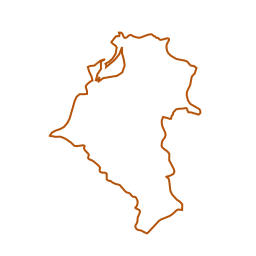 the County of Fier, rotated 15°
{"feature_id": "ALB-1495", "entity_name": "Fier", "entity_type": "County", "adm_level": 1, "iso_a3": "ALB", "parent_name": "Albania", "parent_adm1": "", "projection": "robinson", "projection_center": [19.627, 40.746], "detail": "fine", "context": "isolated", "style": "outline", "palette": "amber", "viewbox_px": 256, "rotation_deg": 15, "n_neighbors": 0, "source": "natural_earth", "source_scale": "10m", "svg_char_len": 3421}
<svg xmlns="http://www.w3.org/2000/svg" viewBox="0 0 256 256"><g transform="rotate(15 128 128)"><path d="M54.5,155.8L54.5,155.6L55.7,152.1L59.0,149.1L63.0,146.4L66.0,143.4L68.2,138.7L69.2,133.7L69.5,116.0L70.3,111.1L72.5,107.9L77.0,106.7L79.6,105.6L78.9,103.0L77.1,100.2L76.3,98.4L77.4,96.0L79.1,93.6L80.7,91.8L81.4,91.2L79.5,87.8L75.8,83.4L73.4,79.5L75.5,77.8L79.2,76.5L84.0,70.1L88.0,67.4L84.6,71.0L86.6,77.9L84.6,83.9L84.6,90.2L86.4,90.2L87.2,86.0L87.2,86.9L87.5,87.9L88.0,90.2L91.2,86.2L104.0,80.4L108.1,75.8L108.6,68.4L106.0,62.6L102.8,57.2L101.3,51.3L100.5,59.0L97.4,65.9L91.1,74.8L91.0,73.5L89.6,71.7L92.3,69.2L95.1,65.0L96.8,59.6L96.3,53.4L95.1,51.9L91.1,50.4L89.7,49.3L92.4,43.0L92.9,42.5L93.6,42.0L94.4,42.1L95.7,41.5L95.8,40.6L95.5,39.7L94.6,38.2L95.3,38.0L96.6,37.7L97.4,37.9L98.3,38.6L100.3,41.2L101.7,41.8L102.7,41.3L103.7,40.3L105.0,38.3L106.2,37.5L107.4,37.4L108.5,37.8L109.5,38.1L113.3,38.2L115.7,37.9L117.7,36.7L121.9,33.6L124.3,32.2L126.1,31.4L127.0,31.5L128.8,32.4L130.7,32.7L130.9,32.8L131.2,33.1L131.6,33.4L134.0,33.4L134.7,33.7L135.1,34.2L136.4,34.5L137.7,34.0L141.9,31.6L143.2,31.1L143.9,31.1L144.3,31.3L144.7,31.7L144.8,32.4L144.8,33.0L144.2,35.2L143.8,37.0L143.9,38.2L144.3,40.2L145.5,42.9L147.5,45.3L151.0,47.2L157.0,48.8L165.8,48.2L168.2,48.6L170.8,50.5L172.5,51.4L174.4,51.3L175.4,51.0L178.6,52.3L178.3,58.0L176.5,61.5L176.3,62.5L176.9,69.6L176.8,71.2L175.8,76.4L175.7,78.1L175.9,79.8L176.5,81.6L178.7,85.7L180.9,87.7L182.3,88.7L192.2,91.4L193.4,92.9L193.7,93.5L194.0,94.7L193.3,96.0L192.7,96.8L184.8,96.6L182.3,97.2L181.1,95.9L180.0,94.3L179.4,93.8L178.8,93.7L176.1,95.0L172.4,96.2L170.6,97.0L169.5,97.7L168.8,99.2L167.7,101.2L167.6,102.1L167.8,102.9L167.9,103.5L167.1,104.9L167.0,105.9L167.2,107.0L167.1,108.0L166.0,108.4L164.8,108.2L159.1,108.2L158.7,111.3L158.8,112.7L159.5,114.9L160.7,117.4L165.3,123.1L166.2,125.2L165.9,128.0L164.7,130.9L164.5,131.9L164.5,133.1L164.8,135.2L165.1,136.7L166.1,137.9L169.3,139.4L171.4,140.1L173.4,141.3L174.6,142.3L176.2,148.6L182.9,155.8L184.1,158.1L183.7,160.7L181.6,162.6L179.8,164.0L178.1,164.8L177.7,165.2L177.9,165.5L179.1,165.6L180.3,166.5L181.5,168.4L185.1,177.5L187.8,180.8L193.7,184.6L197.1,185.7L199.3,187.1L200.2,187.8L201.5,193.2L198.1,193.6L196.9,194.3L195.7,195.6L194.2,198.3L192.6,200.4L191.0,202.2L183.6,207.8L181.9,209.7L174.9,223.0L174.1,224.2L173.5,224.9L170.1,224.3L166.8,223.6L164.4,223.9L162.5,223.4L161.0,222.1L160.5,221.0L160.5,219.8L160.9,218.7L161.2,217.2L161.3,215.8L160.6,212.5L160.5,211.4L160.8,210.5L161.2,207.5L161.2,205.6L160.6,204.7L159.7,204.2L156.1,203.5L155.7,203.1L155.7,202.7L155.9,202.3L156.3,202.0L156.7,201.0L156.8,199.5L156.5,196.8L155.6,195.3L154.1,193.5L153.1,192.9L152.1,192.7L151.5,192.9L150.9,193.2L150.2,193.0L149.0,192.4L147.4,191.2L146.2,190.6L145.2,190.5L144.2,190.6L143.3,190.5L141.6,189.8L134.7,185.2L130.1,185.2L126.9,184.6L125.1,183.7L122.8,183.9L121.5,183.6L120.7,183.0L119.9,180.1L119.4,178.9L119.6,178.3L119.4,177.9L119.0,177.5L117.9,177.2L116.7,177.2L114.8,177.8L113.2,177.7L112.1,177.3L111.5,176.2L111.3,175.4L111.4,174.5L111.4,173.8L110.6,172.9L109.2,171.9L103.4,169.1L101.0,168.5L98.7,168.3L97.5,167.7L97.0,166.2L97.2,165.1L97.0,164.0L96.0,162.9L93.3,161.4L91.7,160.2L90.8,159.1L90.7,158.3L90.8,157.7L90.8,156.8L90.2,156.3L88.9,156.4L83.1,158.8L80.7,159.1L76.9,156.9L71.7,155.0L68.2,154.2L64.7,153.9L60.7,155.2L54.6,155.8L54.5,155.8Z" fill="none" stroke="#b45309" stroke-width="2"/></g></svg>